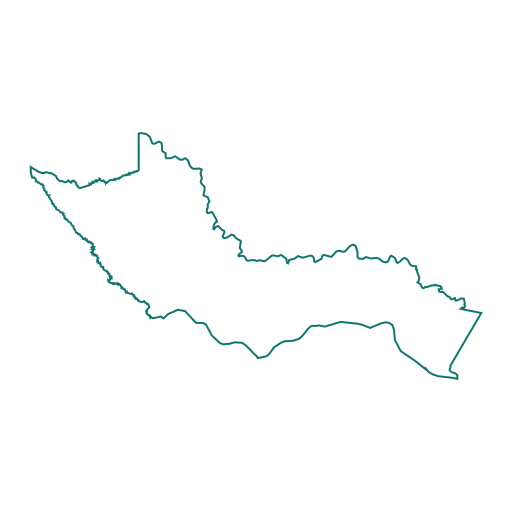 the district of Shushufindi, Sucumbios, Ecuador
{"feature_id": "8360857B16712310561849", "entity_name": "Shushufindi", "entity_type": "district", "adm_level": 2, "iso_a3": "ECU", "parent_name": "Ecuador", "parent_adm1": "Sucumbios", "projection": "orthographic", "projection_center": [-76.553, -0.288], "detail": "fine", "context": "isolated", "style": "outline", "palette": "teal", "viewbox_px": 512, "rotation_deg": 0, "n_neighbors": 0, "source": "geoboundaries", "source_scale": "gbopen_adm2", "svg_char_len": 5976}
<svg xmlns="http://www.w3.org/2000/svg" viewBox="0 0 512 512"><path d="M481.3,313.0L460.7,308.9L462.3,307.5L464.0,307.6L464.9,306.7L465.1,305.8L464.3,304.4L464.8,303.4L463.8,298.5L460.4,298.5L459.8,299.3L456.5,300.6L455.5,300.6L454.9,298.1L452.2,299.3L451.0,299.2L449.6,297.0L447.4,296.2L443.6,292.4L442.3,291.7L440.0,292.0L439.2,291.5L438.7,289.4L440.0,289.2L440.6,288.4L441.7,288.7L441.3,286.9L440.6,286.3L435.1,284.9L435.0,285.4L432.2,285.3L426.7,287.1L425.5,286.8L423.8,288.1L422.2,287.7L420.3,283.9L417.5,282.5L418.5,281.2L419.4,277.8L416.9,271.1L417.2,270.3L416.1,269.5L416.5,268.8L416.0,268.1L416.2,266.4L411.6,265.7L409.9,264.1L408.0,260.4L405.8,258.4L404.3,258.1L402.8,258.6L400.4,261.3L397.7,262.9L396.7,262.4L394.9,257.8L391.1,255.7L390.2,256.5L388.0,261.5L386.1,262.4L382.6,261.6L379.1,258.6L376.5,257.9L370.9,258.5L366.0,257.1L362.8,258.9L359.4,258.8L357.9,257.6L357.5,256.4L357.5,252.1L355.8,246.4L355.0,245.4L353.0,244.6L350.0,246.0L344.8,251.6L342.2,251.7L339.6,250.7L336.6,251.3L331.3,256.9L323.7,254.9L322.4,255.9L321.4,258.9L315.4,262.1L314.1,261.3L314.0,258.5L313.1,256.8L311.9,255.9L310.0,255.7L302.8,257.7L298.0,256.1L294.2,258.8L289.4,259.8L288.1,263.4L286.9,262.8L286.5,259.4L285.8,258.4L281.1,254.9L278.0,256.3L273.5,255.4L271.6,255.7L265.6,260.8L264.1,261.3L259.8,260.2L256.8,261.0L254.1,260.0L247.5,260.7L246.4,260.1L244.7,256.7L243.7,256.1L241.9,255.7L239.0,256.3L238.3,255.6L238.8,254.5L241.9,252.0L241.8,250.9L239.8,248.0L240.8,241.5L240.4,240.7L236.0,238.2L233.6,235.2L231.5,234.6L227.4,237.3L224.3,238.2L223.2,237.7L222.6,236.6L224.3,232.7L224.2,230.8L221.9,229.7L218.4,226.2L216.2,226.6L214.0,229.3L213.3,228.8L213.9,224.7L215.8,222.1L216.8,221.8L216.9,220.7L212.4,212.4L211.4,212.0L208.5,213.2L207.6,213.1L206.7,211.9L207.1,208.8L207.8,207.9L207.7,204.4L209.5,201.5L207.7,197.1L204.1,195.8L203.4,195.1L204.5,190.6L204.6,187.0L201.6,183.7L200.7,181.9L201.9,178.0L200.5,173.5L201.7,169.6L199.6,168.5L194.0,168.9L192.1,168.2L189.9,165.9L188.2,160.9L185.9,158.4L184.7,158.4L182.3,159.8L179.9,159.6L175.3,156.3L170.7,158.2L166.5,158.3L165.7,157.3L165.6,153.2L162.4,151.3L162.1,150.4L162.0,145.4L161.3,142.8L158.8,141.6L154.4,143.8L152.4,143.5L149.7,136.7L146.3,134.1L141.5,133.1L138.7,133.5L138.7,169.9L137.4,171.2L136.6,171.1L135.5,172.0L134.4,171.5L133.4,172.8L132.0,172.5L131.0,173.4L130.0,173.2L129.9,173.8L129.1,173.2L128.8,174.7L127.9,174.2L127.0,175.1L125.9,174.7L124.5,175.6L123.2,175.4L119.5,178.4L119.1,177.8L117.9,178.7L116.1,178.6L115.5,179.6L114.7,179.2L114.6,179.9L113.6,179.5L112.4,180.1L110.5,179.8L106.9,182.8L106.0,182.3L105.6,183.1L105.4,182.3L104.3,181.8L103.6,180.5L101.8,181.1L100.4,180.3L100.2,179.1L99.4,178.6L99.4,179.5L97.4,181.0L97.0,180.6L96.8,181.2L96.3,180.3L95.6,180.2L95.4,181.2L93.7,182.6L93.2,181.7L92.5,181.7L92.6,182.9L91.5,183.1L91.1,184.3L90.0,183.8L90.3,184.5L89.4,184.5L89.4,185.2L79.9,188.1L77.8,186.9L77.5,185.6L76.7,185.3L75.6,182.0L74.3,181.6L73.8,180.6L71.7,181.3L71.5,182.5L70.9,182.7L68.4,180.4L66.6,182.0L65.3,182.3L61.6,181.0L60.1,181.2L57.1,178.7L55.9,176.0L50.8,172.9L50.1,173.4L46.2,172.1L44.4,172.9L42.0,173.0L38.3,171.7L30.7,167.0L30.8,172.2L32.0,177.4L32.7,177.9L34.3,177.4L35.8,179.2L35.9,181.4L37.2,181.5L37.9,182.6L38.7,182.5L41.3,184.5L42.1,184.2L43.6,186.0L43.1,187.1L44.2,189.0L44.0,189.9L46.7,192.2L46.2,192.9L47.4,195.1L49.1,195.3L48.7,195.7L49.1,197.4L51.6,201.0L52.3,203.5L52.6,204.0L53.3,203.8L54.5,206.5L56.0,207.3L56.0,208.7L57.0,209.7L58.4,210.0L60.7,212.4L62.0,212.4L61.9,212.8L63.4,213.5L63.0,213.8L63.4,215.2L64.6,216.0L64.3,217.8L64.9,217.9L65.2,218.8L65.9,218.6L66.3,219.6L66.8,219.4L69.0,222.0L70.8,222.9L71.8,225.2L73.3,226.1L73.7,228.5L74.9,229.7L76.1,232.7L77.2,232.9L78.2,234.1L78.6,233.7L79.7,234.3L80.8,236.1L81.9,236.5L83.0,238.8L83.7,238.5L84.2,239.2L85.0,238.6L85.2,239.3L86.4,239.4L86.1,239.9L86.6,239.6L87.0,240.2L86.6,240.6L88.2,241.9L88.6,241.7L88.6,242.3L90.5,242.1L90.7,242.7L91.5,241.9L91.2,242.6L93.0,244.2L92.4,246.2L93.3,246.7L92.6,247.1L94.0,247.3L93.3,247.9L93.6,248.3L93.1,248.2L93.6,248.9L92.9,248.8L93.4,249.4L92.2,249.6L93.0,250.1L92.8,251.0L92.0,252.0L92.2,252.7L91.6,252.7L92.2,253.3L92.7,253.1L92.6,253.9L93.1,253.4L94.4,254.2L94.2,255.3L95.6,254.9L95.9,255.7L97.1,255.7L97.6,258.1L98.2,258.3L97.4,259.1L97.3,260.9L97.8,260.5L97.5,261.1L98.0,261.0L98.3,263.0L98.8,262.7L99.6,263.6L100.2,263.0L100.9,266.5L103.2,266.9L103.0,268.2L104.3,270.2L106.2,270.7L106.6,271.6L107.4,271.5L108.2,272.8L108.0,273.4L109.2,273.7L108.9,274.5L110.4,275.8L109.8,276.3L110.7,277.1L111.6,276.9L111.6,278.4L110.0,278.1L110.2,279.4L109.6,280.2L109.0,280.5L108.2,280.0L108.4,281.6L110.8,283.1L114.0,283.2L113.6,284.0L116.6,283.6L117.1,284.1L117.4,283.4L118.1,284.4L118.5,283.7L119.5,284.1L119.3,284.8L120.1,284.9L121.5,286.9L121.4,287.7L122.2,287.5L122.5,288.7L123.4,288.5L124.2,289.5L124.9,289.5L125.8,292.5L126.6,292.0L126.5,292.5L130.3,293.9L131.8,293.5L131.8,294.1L134.1,295.1L134.3,295.8L133.8,296.1L134.7,296.9L134.5,297.3L136.3,298.3L135.8,298.9L138.1,299.8L138.2,300.9L141.7,302.1L144.2,301.2L144.6,302.3L147.2,303.6L147.2,304.1L148.3,304.3L149.4,306.9L146.7,310.2L147.0,311.0L146.3,311.4L146.9,312.2L146.4,313.1L148.4,315.2L149.1,315.2L150.1,317.4L150.5,316.4L151.8,317.8L153.7,318.1L160.9,316.5L163.5,318.4L168.2,314.0L177.9,309.8L185.1,311.1L195.9,322.8L202.9,323.0L205.9,324.4L211.7,335.3L219.8,343.0L223.1,344.3L229.4,343.8L234.9,342.3L242.1,342.8L245.5,345.1L250.4,349.9L254.2,354.1L256.4,355.8L257.9,358.1L266.4,356.3L269.1,354.1L274.1,347.3L280.9,342.8L284.6,341.3L293.2,340.7L299.0,338.9L302.6,335.6L307.7,329.2L310.4,326.6L312.1,325.8L316.4,325.9L318.5,325.4L324.7,326.6L340.6,321.9L357.7,323.7L362.2,324.8L370.2,327.9L381.2,323.3L385.4,322.3L388.7,322.7L392.4,325.1L394.0,329.7L394.9,340.0L400.8,351.2L414.4,360.3L425.7,369.3L425.8,368.6L428.9,372.2L432.9,374.4L438.3,376.2L452.6,377.8L457.3,378.9L457.3,375.0L454.9,373.2L451.5,372.1L449.8,370.4L449.6,369.2L450.4,368.1L450.3,365.9L481.3,313.0Z" fill="none" stroke="#0f766e" stroke-width="2"/></svg>